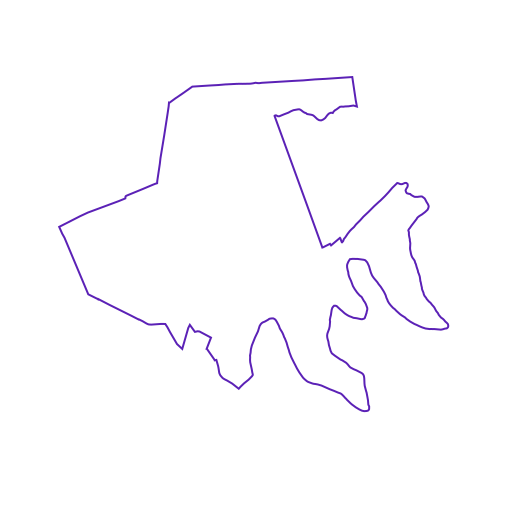 Bujoreni, Teleorman, Romania (orthographic projection), rotated 343°
{"feature_id": "2599482B13275813753420", "entity_name": "Bujoreni", "entity_type": "district", "adm_level": 2, "iso_a3": "ROU", "parent_name": "Romania", "parent_adm1": "Teleorman", "projection": "orthographic", "projection_center": [25.677, 44.129], "detail": "fine", "context": "isolated", "style": "outline", "palette": "violet", "viewbox_px": 512, "rotation_deg": 343, "n_neighbors": 0, "source": "geoboundaries", "source_scale": "gbopen_adm2", "svg_char_len": 6125}
<svg xmlns="http://www.w3.org/2000/svg" viewBox="0 0 512 512"><g transform="rotate(343 256 256)"><path d="M84.4,243.6L92.2,251.0L92.3,251.2L92.5,251.0L101.7,260.0L118.7,276.1L125.3,282.5L125.5,282.4L128.5,285.2L131.5,288.5L133.1,289.9L134.2,290.4L135.8,291.0L145.4,293.2L149.4,294.5L150.5,298.4L151.5,303.5L154.7,317.1L158.3,323.3L170.2,305.0L172.6,302.5L175.4,310.7L178.2,310.9L179.9,311.7L189.1,320.9L181.7,330.3L181.9,330.4L186.0,343.2L186.0,343.7L187.7,343.8L187.6,350.1L187.4,352.1L186.7,356.9L186.7,357.7L187.0,359.7L188.2,362.5L188.9,363.6L190.5,365.3L191.7,366.4L195.9,371.0L200.7,377.9L203.0,376.5L207.3,374.3L212.8,372.1L217.0,369.8L218.0,369.0L218.3,368.3L218.4,366.3L218.8,363.2L219.4,355.9L219.9,353.7L220.8,351.1L221.2,349.4L222.5,347.0L223.8,343.8L225.9,340.3L231.2,333.7L235.8,328.7L239.0,324.0L240.7,322.5L242.0,321.8L243.0,321.5L245.3,321.3L248.9,320.5L250.3,320.0L251.1,320.0L252.9,320.3L254.4,320.8L255.4,321.8L255.9,322.6L256.2,323.3L256.7,325.2L257.5,329.4L257.6,332.2L258.0,333.9L258.5,335.7L258.8,337.0L259.1,339.5L259.2,341.8L259.5,343.2L259.9,347.8L259.8,352.0L259.9,355.8L259.8,357.9L260.2,363.3L261.2,369.3L261.6,371.4L262.3,375.5L263.4,380.0L264.8,384.3L265.4,386.1L266.3,387.8L268.0,390.5L269.1,391.7L272.8,394.5L274.0,395.2L275.2,395.7L277.5,396.9L280.7,399.0L287.6,405.0L291.2,407.8L294.4,410.5L296.7,412.2L297.2,412.8L297.8,413.7L298.9,415.8L299.8,417.8L300.5,419.0L300.9,420.0L303.3,424.4L304.3,426.0L307.2,429.9L310.0,433.0L312.1,434.9L313.9,435.9L315.6,436.4L316.9,436.6L317.9,436.6L318.8,436.1L319.2,435.8L319.5,435.2L320.2,433.1L320.2,432.4L320.0,431.5L320.0,430.8L320.9,426.8L321.3,423.5L321.8,419.1L321.8,417.1L322.0,412.1L322.4,409.9L323.8,404.5L324.1,402.4L324.0,401.3L323.8,400.4L323.4,399.7L322.8,398.8L318.6,394.7L316.3,392.8L313.6,390.1L312.9,388.7L312.0,386.4L311.0,384.5L308.0,381.0L306.5,379.7L302.3,374.4L300.1,371.3L299.9,370.4L299.6,368.4L299.7,366.0L299.7,362.6L300.2,358.9L300.2,356.6L300.3,354.9L300.7,353.0L301.4,351.4L302.0,350.5L304.6,347.1L305.9,344.8L307.7,340.3L307.9,338.7L308.3,338.0L309.2,336.3L310.3,334.5L312.0,330.9L312.7,329.5L313.9,327.8L315.0,327.0L316.1,326.4L317.5,326.8L318.5,327.5L321.3,332.4L321.9,333.2L323.8,336.4L324.6,337.5L326.2,339.4L327.6,340.8L329.2,342.0L331.1,343.6L334.0,344.9L338.1,347.2L339.1,347.5L340.9,347.5L341.7,347.2L342.1,346.9L342.7,345.9L343.5,345.0L344.3,343.7L344.8,343.2L345.7,341.5L346.7,339.9L347.2,338.3L347.0,334.4L346.9,333.6L346.4,331.4L346.1,330.8L345.1,326.3L344.8,325.6L344.2,325.0L343.4,323.6L342.0,320.5L340.7,316.5L339.9,313.1L339.6,307.6L339.1,304.0L339.0,302.2L339.1,301.4L339.0,301.1L339.3,299.1L339.5,298.6L339.5,296.3L339.7,294.5L339.8,293.5L340.4,291.4L341.0,290.4L342.7,288.4L344.9,286.5L347.7,287.0L351.2,288.2L352.5,288.6L357.9,291.1L358.7,291.6L359.3,292.1L360.2,294.0L360.5,294.6L361.1,298.8L361.0,305.5L361.3,308.4L361.6,309.6L362.3,311.7L364.4,316.6L365.0,318.7L366.3,321.9L367.6,326.5L368.0,328.2L368.5,331.4L368.5,334.1L368.9,336.9L368.8,337.1L368.9,337.9L369.5,340.3L369.7,340.7L369.9,341.3L370.5,342.8L371.8,345.5L373.2,347.5L374.2,349.5L376.7,353.7L377.9,355.3L380.5,358.3L381.6,360.3L384.3,363.8L385.8,365.4L387.6,367.3L389.5,368.9L391.9,371.1L394.2,373.0L396.9,374.9L400.6,376.6L402.4,377.1L403.7,377.6L404.9,377.9L411.3,380.5L413.2,380.7L415.5,380.7L417.2,381.0L417.6,380.9L418.7,380.3L419.1,379.8L419.5,378.8L419.6,377.4L419.5,376.9L418.8,375.5L417.9,374.1L417.0,371.9L416.3,370.7L414.9,368.9L413.8,366.3L413.5,365.5L413.3,363.9L412.2,361.2L411.5,357.4L411.0,356.1L410.1,354.2L409.2,351.8L408.0,350.0L406.7,347.1L406.4,345.7L405.5,343.4L405.3,342.0L405.3,341.3L405.4,340.0L405.1,337.1L405.1,335.8L405.4,334.7L405.5,332.6L405.9,329.0L405.8,328.3L406.4,324.9L406.6,323.3L406.5,320.6L406.3,319.0L406.5,317.4L406.4,313.4L406.5,310.5L406.3,309.3L406.3,306.8L405.9,305.5L405.3,303.8L405.0,302.8L404.8,300.8L404.9,298.6L405.0,298.0L405.2,295.8L405.4,294.4L405.8,293.0L406.3,291.7L407.3,288.9L407.7,285.9L408.0,285.0L408.2,282.2L408.5,280.2L408.9,278.9L409.0,278.7L409.2,277.5L409.1,276.2L409.5,275.6L410.0,275.1L411.2,274.3L413.6,272.4L420.5,267.5L421.3,266.7L422.2,266.2L424.0,265.5L426.8,264.8L430.6,263.4L433.6,261.9L434.6,260.8L435.5,259.4L435.7,258.7L435.7,258.0L435.5,256.4L434.9,254.3L434.4,251.5L434.1,250.3L433.2,249.0L432.2,247.7L431.3,247.3L428.6,246.8L428.1,246.8L425.2,245.9L424.4,245.3L422.3,243.1L421.6,241.8L420.5,241.3L418.9,240.3L418.6,240.0L418.4,239.5L418.2,238.6L418.2,237.4L418.3,236.8L419.6,235.4L420.7,234.5L421.3,233.8L421.7,233.1L422.0,231.7L421.9,231.3L421.6,230.8L421.2,230.2L420.6,229.9L419.6,229.7L417.0,230.0L415.9,229.8L414.8,229.3L413.3,228.0L412.4,227.5L406.2,230.7L401.2,233.9L396.7,236.5L390.9,239.5L389.9,239.9L383.6,242.9L376.3,246.8L370.2,249.8L366.1,252.3L360.8,255.1L358.1,257.0L355.1,258.4L353.1,259.5L350.1,261.6L346.8,264.3L345.5,265.1L344.8,265.7L343.7,267.2L342.3,268.1L342.1,268.0L342.0,267.4L341.8,263.6L341.6,263.2L330.9,267.8L330.3,266.0L322.7,267.3L321.9,267.3L321.9,266.6L319.6,221.0L314.7,127.6L314.8,127.3L315.3,127.2L316.2,127.3L317.9,128.8L319.1,129.2L324.2,128.7L328.8,128.4L331.7,127.8L334.4,127.5L339.4,128.1L340.4,128.4L341.3,129.2L342.1,130.2L343.1,131.7L343.7,132.3L344.1,132.9L344.4,133.2L345.0,133.5L345.4,133.8L346.4,135.2L350.0,137.0L351.0,137.6L351.9,138.4L352.7,139.6L354.6,142.9L355.9,144.4L357.2,145.1L358.2,145.4L360.3,145.1L362.5,144.3L365.2,142.3L367.1,141.2L368.8,140.9L369.5,140.9L370.1,141.1L371.2,141.7L372.2,140.8L372.6,140.5L374.5,139.6L375.7,139.4L379.9,137.9L381.3,138.1L383.3,138.8L384.8,139.0L388.3,139.9L393.2,140.6L396.2,142.6L396.9,136.3L400.4,113.0L374.2,106.9L364.2,104.4L352.2,101.8L343.0,99.5L312.3,92.1L309.9,91.7L308.5,91.3L306.2,90.2L303.7,90.0L301.1,89.6L293.7,87.5L291.3,86.7L287.7,85.7L276.6,82.9L270.0,81.5L261.1,79.3L244.6,75.4L233.1,79.2L225.0,81.7L217.8,84.2L217.6,84.0L216.2,87.4L213.5,93.1L203.5,113.8L193.2,134.6L191.0,139.7L183.5,155.4L182.7,157.5L180.6,157.5L178.2,157.7L167.6,158.8L150.4,160.4L149.2,160.6L148.8,160.8L148.6,161.0L147.9,162.7L147.2,162.8L140.5,163.4L108.0,165.3L99.5,166.5L76.3,170.6L77.2,178.0L78.2,182.5L84.4,243.6Z" fill="none" stroke="#5b21b6" stroke-width="2"/></g></svg>